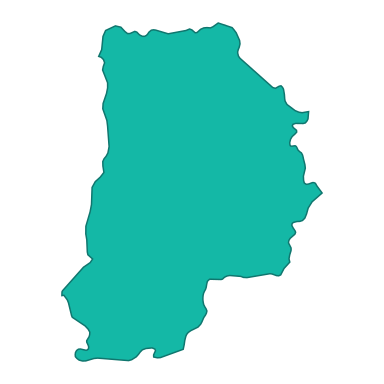 map outline of Seien-et-Marne (Mercator projection)
{"feature_id": "FRA-5342", "entity_name": "Seien-et-Marne", "entity_type": "Metropolitan department", "adm_level": 1, "iso_a3": "FRA", "parent_name": "France", "parent_adm1": "", "projection": "mercator", "projection_center": [2.98, 48.614], "detail": "fine", "context": "isolated", "style": "filled", "palette": "teal", "viewbox_px": 384, "rotation_deg": 0, "n_neighbors": 0, "source": "natural_earth", "source_scale": "10m", "svg_char_len": 3000}
<svg xmlns="http://www.w3.org/2000/svg" viewBox="0 0 384 384"><path d="M61.9,295.6L62.0,291.9L62.5,290.8L83.5,267.2L90.2,262.6L92.6,259.0L87.9,254.8L87.3,252.0L86.8,239.9L85.8,233.9L85.9,226.2L90.1,211.9L91.5,204.5L92.1,187.4L95.3,181.6L100.3,177.1L103.9,172.4L102.9,166.0L102.8,161.5L104.1,158.7L106.1,156.3L107.9,153.0L109.1,146.6L107.6,126.3L106.9,120.5L102.8,108.8L103.1,103.5L106.5,93.5L107.6,87.9L107.6,82.8L102.6,70.0L103.3,66.4L104.6,62.8L103.5,59.6L101.2,57.3L98.7,56.4L101.7,49.6L103.0,36.4L105.6,30.5L115.4,25.9L120.9,27.2L125.0,31.6L127.6,33.6L130.0,33.5L134.8,31.4L136.8,32.1L139.0,34.4L140.1,35.2L142.4,36.3L144.7,36.3L146.4,35.4L147.6,34.2L148.9,32.2L151.3,30.2L153.5,29.8L155.7,30.1L168.2,33.8L186.0,30.5L189.6,29.0L191.9,29.9L195.2,32.8L197.1,32.5L200.6,29.3L203.8,27.9L206.9,27.6L210.4,27.9L212.9,26.8L218.2,23.0L232.1,27.6L233.9,29.7L236.2,32.8L239.6,40.5L240.0,43.9L239.2,47.3L238.3,49.5L237.7,51.6L237.7,53.2L238.5,56.2L240.0,58.3L272.7,87.5L275.4,88.3L279.2,86.2L281.0,85.8L282.5,87.3L283.5,89.2L284.4,94.5L284.7,98.8L285.1,101.1L287.0,104.5L295.1,110.6L298.9,112.2L302.1,112.7L308.6,111.6L308.0,118.9L307.1,120.8L305.4,122.9L303.2,123.5L295.6,123.4L293.0,124.3L292.3,125.9L293.3,127.6L296.5,130.3L296.7,132.1L295.1,133.9L292.2,136.5L290.6,139.1L289.7,142.6L289.9,144.7L290.3,145.7L290.6,146.0L291.9,146.2L294.5,145.8L295.5,145.9L296.1,146.4L296.8,147.4L297.9,149.9L299.6,151.6L301.4,152.9L302.5,154.9L303.1,157.1L303.5,159.1L304.9,164.6L305.3,168.2L303.4,176.2L303.6,180.4L304.3,183.0L306.2,184.3L308.3,184.1L312.5,182.6L313.8,182.6L315.4,183.3L317.0,186.1L322.1,193.0L312.1,201.8L308.2,208.0L306.5,214.1L304.8,218.2L302.5,220.5L299.8,221.4L297.0,221.5L293.5,222.4L292.2,223.4L291.8,225.3L292.8,227.4L295.3,231.3L295.6,232.4L294.9,234.2L290.1,238.4L288.8,240.6L288.5,242.9L291.0,247.8L291.1,249.1L291.0,250.7L289.7,254.9L289.0,258.9L289.8,262.1L284.0,268.5L280.7,274.9L278.7,275.8L276.5,275.6L272.1,274.0L270.0,273.7L247.0,277.6L243.4,277.4L240.9,276.4L229.8,275.5L227.4,275.9L225.5,276.7L224.2,277.5L222.5,279.1L221.1,279.5L209.7,279.2L208.2,280.4L207.3,281.6L206.7,284.2L206.2,287.3L205.6,289.2L204.5,291.2L203.6,293.2L203.1,295.4L202.9,297.6L202.9,300.0L203.2,302.2L203.7,304.6L204.8,306.8L206.1,308.9L206.9,311.0L206.4,313.2L205.5,315.0L204.1,317.1L203.8,317.5L201.8,322.1L200.6,324.3L198.0,327.1L190.7,330.7L188.2,332.5L186.6,334.5L185.8,336.4L184.8,340.4L184.2,344.6L183.2,349.3L160.4,357.6L157.3,357.8L153.7,357.0L153.6,355.0L154.5,352.8L155.5,350.8L154.9,349.1L152.1,347.9L145.9,348.5L142.4,349.8L140.2,352.0L138.5,354.3L136.3,356.8L131.7,359.7L128.6,360.6L97.6,358.1L93.9,358.5L85.8,360.9L82.5,361.0L79.1,360.1L77.0,358.5L75.4,356.7L75.2,354.7L75.5,352.5L76.6,350.5L78.4,349.2L80.4,349.0L86.1,350.3L87.1,350.0L88.4,348.9L88.7,347.0L88.1,345.1L86.8,342.3L86.7,341.7L86.7,340.7L89.2,336.5L89.7,334.4L89.8,332.1L88.1,329.1L85.1,325.9L72.3,317.3L72.1,316.8L71.6,315.7L68.5,302.9L67.3,299.9L63.9,295.3L61.9,295.6Z" fill="#14b8a6" stroke="#0f766e" stroke-width="1.5"/></svg>